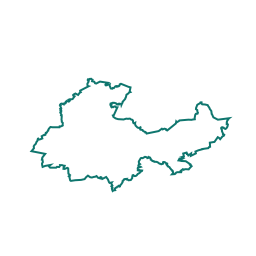 Isnaudas pag., Ludzas, Latvia, rotated 161°
{"feature_id": "27541924B87627734072498", "entity_name": "Isnaudas pag.", "entity_type": "district", "adm_level": 2, "iso_a3": "LVA", "parent_name": "Latvia", "parent_adm1": "Ludzas", "projection": "robinson", "projection_center": [27.797, 56.478], "detail": "fine", "context": "isolated", "style": "outline", "palette": "teal", "viewbox_px": 256, "rotation_deg": 161, "n_neighbors": 0, "source": "geoboundaries", "source_scale": "gbopen_adm2", "svg_char_len": 5828}
<svg xmlns="http://www.w3.org/2000/svg" viewBox="0 0 256 256"><g transform="rotate(161 128 128)"><path d="M201.0,154.2L203.2,153.0L203.6,152.4L204.1,152.1L204.3,151.5L204.8,151.4L206.4,150.1L207.1,150.2L207.1,149.7L208.1,149.2L208.3,148.5L209.2,148.4L209.7,148.8L212.3,148.3L212.4,146.0L214.7,145.9L216.4,146.1L216.4,147.2L216.7,147.2L218.2,145.0L219.0,144.7L220.4,143.0L221.8,142.4L223.1,141.4L223.5,139.5L226.8,137.5L214.7,130.5L218.6,128.0L219.7,126.2L219.2,126.0L219.6,123.5L220.8,122.5L221.2,121.2L221.4,119.0L218.6,119.1L213.4,118.3L215.3,117.6L214.5,115.8L208.8,113.9L207.8,114.4L205.8,113.5L204.2,114.7L204.2,115.0L202.5,114.4L201.4,113.5L200.2,112.9L200.9,112.1L201.7,111.7L202.3,110.4L201.2,109.9L198.4,110.1L197.7,109.3L199.2,104.2L198.2,102.4L199.7,101.7L199.1,100.8L199.4,100.6L199.7,97.3L199.2,96.6L194.9,95.8L189.2,94.2L185.7,93.8L183.5,95.2L181.4,96.0L179.8,93.8L178.6,93.1L177.8,92.9L176.3,92.9L174.9,92.6L173.4,92.8L172.6,90.8L171.3,89.8L170.5,89.3L170.2,89.9L170.3,90.4L169.8,90.5L169.2,90.0L168.9,88.2L164.6,88.8L163.7,85.9L163.6,83.0L163.3,82.1L161.1,81.8L161.9,81.2L161.5,78.6L162.7,78.3L162.1,76.4L162.9,76.1L163.1,74.8L163.0,73.4L162.0,73.7L160.4,73.4L160.5,74.4L160.0,75.0L159.1,75.5L158.1,75.4L157.3,76.0L156.1,76.0L155.7,76.4L155.4,76.2L155.2,75.4L154.6,75.4L154.4,76.2L153.0,76.8L150.9,78.4L150.6,78.8L150.5,79.5L149.1,80.0L149.0,80.5L148.7,80.7L147.7,80.8L146.5,80.5L146.7,80.4L146.2,79.8L145.0,79.2L144.5,78.4L142.3,77.9L140.3,79.3L140.0,80.3L139.0,81.8L138.2,81.7L137.7,80.5L136.9,80.2L135.9,80.2L135.2,80.4L133.9,81.3L132.3,81.6L131.3,81.9L130.8,82.4L128.8,82.8L128.5,83.2L130.6,84.2L131.0,84.6L131.8,84.3L132.4,84.7L132.0,85.1L132.2,85.8L132.0,86.6L131.6,87.2L128.6,87.1L128.8,87.4L130.1,87.8L130.5,88.5L130.5,89.0L129.8,89.8L128.4,90.0L129.1,91.3L128.7,92.8L125.8,95.3L125.0,95.3L124.0,94.7L121.3,95.2L119.5,94.0L119.5,93.2L118.8,93.1L117.8,93.8L117.5,93.3L116.9,93.0L116.7,92.6L116.9,92.1L116.5,91.3L116.8,90.6L115.9,89.7L115.7,88.8L114.4,88.3L114.2,87.5L112.0,86.7L111.0,85.8L109.8,84.0L108.8,83.5L108.4,82.9L106.5,82.8L106.3,83.0L106.4,83.5L105.9,84.3L105.2,84.2L104.3,83.7L103.6,82.5L102.5,81.6L102.6,81.3L103.5,80.9L103.4,80.5L102.9,79.9L102.7,79.4L102.6,78.9L102.8,78.7L101.5,77.5L101.3,76.2L100.9,75.6L100.8,74.7L99.9,73.5L99.7,72.8L100.0,72.6L99.8,72.2L99.8,70.9L101.5,69.9L98.8,69.2L98.0,69.4L97.1,70.1L96.0,70.2L92.1,68.9L91.8,69.3L92.9,69.8L92.3,70.3L89.5,71.2L88.9,70.3L88.2,70.5L86.9,70.3L84.1,69.1L82.5,70.1L80.3,71.2L81.4,73.0L80.8,73.3L84.2,77.8L88.4,79.5L89.2,80.1L90.8,80.9L89.3,82.3L87.3,81.1L85.6,81.4L86.4,82.2L86.5,82.5L86.2,82.7L86.5,83.0L84.4,82.9L84.1,85.9L80.7,85.7L80.8,84.4L80.3,84.4L79.9,82.4L76.6,83.4L77.6,81.2L72.1,81.9L71.9,83.8L68.7,84.0L64.4,83.7L64.4,83.9L58.6,82.8L57.8,83.5L56.5,83.5L55.4,87.5L50.8,86.7L46.1,90.1L45.1,88.9L44.5,87.4L41.4,89.3L39.9,89.5L39.2,90.2L39.7,91.0L40.2,91.3L40.0,91.8L40.2,94.4L39.8,95.5L40.0,96.2L39.6,96.9L40.0,97.3L39.9,97.7L39.3,98.1L38.5,98.0L37.4,97.1L37.4,96.7L36.8,95.9L36.2,95.4L35.3,95.6L34.4,96.2L33.5,97.0L32.4,98.8L32.8,99.5L32.8,99.8L33.3,99.8L32.7,101.4L31.5,102.9L30.6,103.3L30.6,103.8L29.2,104.3L40.3,106.6L43.8,110.3L44.1,113.7L44.3,114.0L43.7,116.9L44.5,119.6L44.5,120.9L45.0,122.3L45.2,123.7L47.6,125.2L50.1,126.2L50.5,127.0L50.1,128.3L50.6,128.5L51.2,128.6L51.8,128.0L54.9,127.4L57.1,124.8L57.6,123.7L56.7,122.5L57.1,120.5L56.9,119.7L57.6,118.9L59.2,119.3L60.1,118.6L61.7,115.8L62.0,114.5L64.3,115.0L65.1,115.0L68.2,116.2L76.9,118.4L77.3,118.1L80.0,117.5L80.3,118.4L81.3,116.7L91.7,112.9L92.5,113.6L92.3,114.3L92.6,114.7L93.8,115.5L95.7,115.4L96.2,116.3L100.0,115.1L112.2,116.7L112.3,117.7L113.1,118.1L113.0,118.7L113.8,119.3L114.8,120.4L114.9,121.4L116.8,122.4L116.9,123.3L116.0,124.2L116.0,124.6L117.2,124.4L118.3,124.8L119.0,125.6L120.1,127.9L120.0,129.6L119.5,130.6L120.6,130.4L121.2,130.7L121.3,131.8L120.9,133.4L121.2,134.3L122.2,134.9L123.1,136.2L123.9,136.5L124.9,136.6L126.6,137.4L129.4,137.5L134.5,139.6L136.6,141.1L138.2,143.3L138.1,144.0L138.2,144.8L137.2,144.8L131.3,151.0L132.6,151.5L133.1,152.5L133.4,152.7L134.1,152.8L135.2,152.5L135.7,152.9L136.7,152.8L136.9,153.1L136.7,153.7L137.0,154.2L137.0,155.0L136.1,155.1L135.8,155.7L136.9,156.1L136.5,156.8L133.9,156.8L133.5,156.4L132.6,156.2L131.1,155.0L130.7,154.5L130.9,154.0L130.4,153.9L129.9,153.4L129.3,153.3L129.4,153.8L128.6,154.0L127.1,153.2L126.6,152.6L126.7,152.0L125.8,153.0L124.9,153.7L124.9,154.0L124.6,154.5L121.2,156.4L120.7,157.2L120.3,157.4L119.9,157.9L118.6,160.0L116.6,160.5L115.2,161.3L114.0,161.2L114.4,162.2L112.4,165.6L114.2,166.8L120.3,172.1L121.3,172.0L121.3,171.7L122.3,171.2L122.5,170.7L123.1,170.5L124.7,170.6L124.5,171.1L125.5,171.5L126.4,171.5L128.5,170.3L129.4,170.8L130.1,170.3L131.4,171.0L131.6,174.5L131.0,175.3L132.4,175.6L134.2,175.3L135.2,175.6L135.3,175.9L135.2,176.4L133.6,177.1L133.5,177.4L132.7,177.5L139.4,181.0L143.6,180.4L144.6,181.1L144.8,182.7L146.7,183.9L145.8,185.2L146.7,186.0L146.8,186.5L148.3,186.9L149.0,186.6L149.9,187.1L150.5,186.5L150.4,185.8L149.6,185.7L150.4,184.4L151.9,183.2L152.4,181.9L152.3,180.8L151.6,180.3L161.1,178.9L161.3,178.1L161.0,177.2L162.3,177.0L164.4,175.5L166.5,177.7L168.4,177.4L169.2,177.0L169.1,176.0L168.2,175.3L171.0,173.4L173.1,173.7L173.4,174.1L174.8,174.1L174.3,172.7L175.4,172.2L176.5,173.0L177.0,173.1L177.1,173.5L178.3,173.1L178.6,172.8L178.3,172.4L178.6,172.0L179.3,171.6L180.5,172.0L181.0,171.2L182.4,172.3L182.5,172.6L183.0,172.7L183.7,172.7L184.7,172.1L184.9,171.8L184.4,171.2L184.9,170.8L184.7,168.5L185.9,168.2L185.8,167.4L186.0,167.0L185.5,166.8L185.8,166.2L185.5,165.9L185.9,165.0L186.7,165.1L187.0,164.8L186.8,163.2L186.5,162.3L187.2,161.7L186.7,161.0L188.2,157.4L188.2,156.6L188.6,155.4L188.0,154.0L188.7,152.5L188.8,151.7L189.1,151.5L191.2,151.4L192.1,151.8L192.6,151.0L199.2,153.3L201.0,154.2Z" fill="none" stroke="#0f766e" stroke-width="2"/></g></svg>